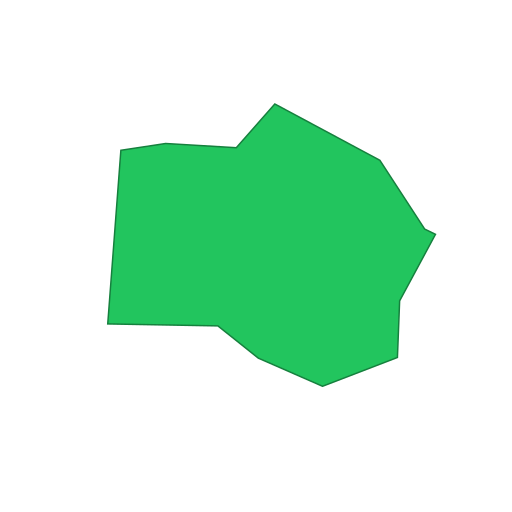 outline of Kokand city, Ferghana, Uzbekistan, rotated 56°
{"feature_id": "79887680B18672713259949", "entity_name": "Kokand city", "entity_type": "district", "adm_level": 2, "iso_a3": "UZB", "parent_name": "Uzbekistan", "parent_adm1": "Ferghana", "projection": "robinson", "projection_center": [70.933, 40.526], "detail": "fine", "context": "isolated", "style": "filled", "palette": "green", "viewbox_px": 512, "rotation_deg": 56, "n_neighbors": 0, "source": "geoboundaries", "source_scale": "gbopen_adm2", "svg_char_len": 335}
<svg xmlns="http://www.w3.org/2000/svg" viewBox="0 0 512 512"><g transform="rotate(56 256 256)"><path d="M401.2,273.7L419.2,195.5L373.5,162.0L338.4,95.1L328.0,101.1L245.9,99.8L140.5,155.4L155.2,211.8L112.2,268.0L92.8,308.9L229.4,416.9L292.6,326.7L342.0,311.2L401.2,273.7Z" fill="#22c55e" stroke="#15803d" stroke-width="1.5"/></g></svg>